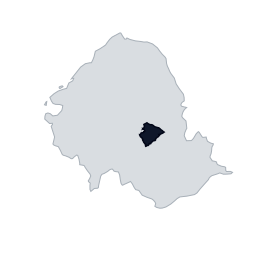 Sandan, Kâmpóng Thum, Cambodia (highlighted), rotated 64°
{"feature_id": "14789045B38871502259240", "entity_name": "Sandan", "entity_type": "district", "adm_level": 2, "iso_a3": "KHM", "parent_name": "Cambodia", "parent_adm1": "Kâmpóng Thum", "projection": "albers", "projection_center": [105.429, 13.113], "detail": "fine", "context": "in_parent", "style": "filled", "palette": "ink", "viewbox_px": 256, "rotation_deg": 64, "n_neighbors": 0, "source": "geoboundaries", "source_scale": "gbopen_adm2", "svg_char_len": 6112}
<svg xmlns="http://www.w3.org/2000/svg" viewBox="0 0 256 256"><g transform="rotate(64 128 128)"><path d="M213.7,53.5L214.3,55.5L212.9,59.1L211.4,62.4L208.6,65.2L208.5,67.3L207.6,73.6L208.0,75.6L208.7,77.3L209.6,78.2L212.1,84.4L214.4,89.9L216.6,94.5L217.0,97.4L215.1,104.8L212.7,111.6L213.0,114.9L214.0,118.3L215.1,122.8L215.6,128.5L215.0,132.3L214.0,134.6L212.0,137.0L210.2,138.2L208.0,136.2L206.3,136.2L204.0,136.8L202.2,137.7L198.6,141.3L194.6,144.7L188.9,145.6L186.8,148.1L184.4,148.5L180.0,148.6L177.1,149.2L177.2,150.5L177.0,156.5L177.1,157.9L176.6,158.3L174.6,158.5L171.2,157.6L166.5,156.1L163.3,155.9L161.6,158.5L160.6,159.5L159.3,159.7L158.0,160.1L157.6,161.3L157.5,162.8L158.1,165.3L158.4,169.2L158.2,171.9L159.4,173.7L166.5,179.4L168.6,180.8L168.8,181.7L167.6,184.8L168.7,189.2L166.5,189.1L162.8,187.3L161.0,186.1L158.9,187.0L158.1,186.9L156.7,184.7L154.8,182.5L152.8,182.3L148.7,183.2L144.5,183.8L142.9,183.8L142.2,184.2L139.8,187.5L138.8,186.9L134.5,185.7L130.6,185.2L129.8,186.0L130.3,188.7L131.2,191.3L130.7,192.5L128.5,193.8L125.7,196.3L124.0,198.2L122.8,198.7L118.5,198.6L114.2,198.8L112.5,200.7L110.9,202.1L109.5,202.5L103.9,197.9L92.8,196.3L91.7,194.3L90.6,193.9L89.6,196.5L83.5,198.9L80.9,197.4L79.1,195.6L79.4,193.4L81.1,191.6L84.2,190.3L85.6,185.8L83.3,179.9L81.3,178.2L79.2,176.8L77.0,179.0L75.0,182.7L73.1,184.6L70.3,185.0L66.2,184.8L64.7,179.2L64.2,174.5L64.8,169.1L65.5,165.8L61.6,161.4L61.4,157.1L59.6,155.0L59.0,156.0L59.0,157.3L58.5,156.4L52.5,143.9L51.5,138.2L52.6,133.8L53.3,132.3L51.5,129.9L49.1,127.3L44.7,123.7L44.5,118.3L43.6,111.8L42.3,109.6L40.3,105.6L39.3,102.3L39.0,93.5L39.6,92.8L42.7,92.6L46.7,92.0L47.3,90.6L46.6,89.5L49.2,87.5L52.9,83.2L55.7,78.8L57.8,75.9L59.0,73.1L63.2,69.1L68.9,66.4L72.7,65.8L76.7,64.9L80.5,63.6L82.3,63.4L87.1,65.1L89.6,65.5L92.3,65.5L95.1,65.7L97.6,65.6L103.4,64.5L109.5,65.4L115.1,64.7L121.9,63.4L125.2,64.2L128.3,65.6L128.7,68.2L129.4,69.4L130.4,70.4L131.8,70.4L133.5,68.5L135.0,66.6L135.4,66.3L135.5,67.2L136.2,69.3L137.5,71.3L138.8,72.7L141.0,74.5L142.5,74.5L147.1,72.8L154.1,75.3L154.9,76.5L157.2,79.1L159.7,80.9L165.1,81.0L167.1,76.5L166.1,73.8L163.0,69.1L162.1,66.4L163.1,65.9L168.4,65.3L169.3,64.8L170.4,61.7L171.8,62.1L174.8,62.4L177.8,60.3L179.7,58.2L180.7,59.1L181.7,60.7L182.9,61.6L185.2,62.9L187.6,64.7L189.2,66.5L190.4,67.2L193.5,66.7L194.3,66.8L196.1,64.5L197.4,63.3L198.5,63.7L200.1,63.6L203.3,60.8L205.2,58.2L206.2,57.5L209.1,58.8L210.3,58.5L211.9,55.0L213.7,53.5ZM62.7,171.9L62.1,172.2L61.5,172.2L60.9,171.7L61.0,169.7L61.4,168.5L62.4,168.3L62.7,171.9ZM71.8,191.6L70.5,192.9L68.6,190.1L68.6,189.4L71.8,191.6Z" fill="#d9dde1" stroke="#a8b0b8" stroke-width="1"/><path d="M131.9,112.3L132.2,112.3L132.7,112.3L133.4,112.2L133.5,112.3L133.7,112.5L133.8,112.6L133.9,112.8L134.0,112.9L134.2,113.0L134.3,113.1L134.5,113.1L134.6,113.3L134.7,113.5L134.8,113.7L134.8,113.8L134.9,114.0L135.0,114.0L135.2,114.3L135.3,114.3L135.2,114.5L134.9,114.9L135.0,114.9L135.1,115.0L135.2,115.3L135.3,115.4L135.3,115.2L135.3,114.9L135.5,114.8L135.6,114.7L135.8,114.8L135.9,114.7L136.0,114.7L136.1,114.4L136.3,114.3L136.5,114.2L136.9,114.1L137.2,114.1L137.5,114.1L138.1,114.1L138.3,114.3L138.4,114.6L138.4,114.9L138.4,115.0L138.4,115.3L138.2,115.6L138.3,115.7L138.5,115.7L138.7,115.8L138.8,116.2L138.7,116.7L138.6,117.2L138.5,117.3L138.3,117.5L138.5,117.7L138.5,117.9L138.5,118.0L138.3,118.6L138.7,118.9L138.8,119.1L139.0,119.4L139.2,119.8L139.3,120.2L139.3,120.3L139.2,120.4L139.1,120.5L139.4,120.6L139.5,120.5L139.8,120.5L140.1,120.6L140.3,120.5L140.6,120.6L140.8,120.6L141.2,120.6L141.4,120.6L141.5,120.5L141.8,120.4L142.0,120.3L142.4,120.2L142.5,120.0L142.8,119.9L143.0,119.7L143.3,119.8L143.5,119.7L143.7,119.8L144.0,119.8L144.2,119.7L144.4,119.7L144.5,119.9L144.8,119.9L145.0,119.9L145.3,119.9L145.4,120.0L145.5,119.9L145.6,120.0L145.7,119.9L145.8,119.9L146.0,119.9L146.3,119.9L146.4,120.0L146.6,120.0L146.8,120.1L147.0,120.1L147.3,120.1L147.6,120.1L147.8,120.1L148.0,120.0L148.1,119.9L148.4,119.9L148.5,119.8L148.8,119.9L149.0,119.9L149.3,119.9L149.5,119.8L149.8,119.7L150.1,119.6L150.3,119.4L150.4,119.5L150.7,119.4L150.7,119.5L150.8,119.5L151.0,119.5L151.3,119.6L151.4,119.8L151.5,119.9L151.5,120.0L151.8,120.1L152.2,120.1L152.2,119.9L152.1,119.6L152.3,119.5L152.3,119.4L152.2,119.2L151.9,118.8L151.9,118.7L152.1,118.5L152.2,118.4L152.3,118.2L152.4,117.9L152.5,117.7L152.4,117.3L152.4,117.1L152.2,116.8L152.1,116.5L152.0,116.4L151.6,116.3L151.5,116.2L151.3,115.7L151.5,115.4L151.8,115.2L151.9,114.9L152.0,114.7L152.0,114.4L151.9,114.3L151.6,113.9L151.4,113.9L151.1,113.8L150.9,113.6L150.9,113.4L151.1,112.9L151.1,112.7L151.0,112.3L150.9,111.8L150.6,111.2L150.5,110.8L150.5,110.7L150.7,110.4L150.8,110.2L150.8,109.9L150.9,109.7L151.0,109.6L151.0,109.4L151.1,109.2L151.0,108.9L150.8,108.8L150.7,108.5L150.7,108.4L150.4,108.3L150.2,108.2L149.9,108.0L149.9,107.9L149.8,107.7L149.6,107.6L149.5,107.3L149.5,106.9L149.4,106.6L149.3,106.3L149.1,105.6L149.0,105.4L149.0,105.2L149.1,104.9L149.1,104.6L149.0,104.2L148.4,103.5L147.7,103.3L147.7,103.2L147.8,103.1L147.7,103.1L147.8,103.0L147.8,102.8L147.8,102.6L147.7,102.5L147.8,102.4L147.8,102.1L147.7,101.9L147.8,101.7L147.7,101.3L147.7,101.2L147.8,101.0L147.8,100.9L147.7,100.5L147.6,100.2L147.7,99.8L147.8,99.7L147.8,99.4L147.8,99.2L147.8,98.7L147.7,98.5L147.6,98.3L147.6,98.1L147.6,97.8L147.6,97.7L147.4,97.5L147.4,97.4L147.2,97.5L146.9,97.9L146.0,98.1L145.4,98.3L145.0,98.6L144.6,98.8L144.3,99.0L144.1,99.1L143.8,99.2L143.5,99.3L143.2,99.4L142.7,99.6L142.3,99.8L141.6,100.1L141.3,100.3L141.1,100.5L141.0,100.8L140.9,101.0L140.7,101.1L140.5,101.4L140.1,101.7L140.0,101.9L139.7,102.2L139.6,102.4L139.3,102.6L138.8,103.2L138.6,103.4L138.5,103.5L138.3,103.6L137.5,103.9L137.2,104.0L136.9,104.2L136.6,104.3L136.4,104.5L135.7,104.9L135.5,105.2L135.3,105.4L135.2,105.6L135.0,106.0L134.9,106.4L134.6,106.7L134.4,106.9L134.0,107.2L133.7,107.5L133.4,107.7L133.3,107.8L132.6,108.2L132.2,108.4L132.0,108.5L131.6,108.7L131.7,109.3L131.7,109.8L131.7,110.3L131.7,110.6L131.7,110.8L131.7,111.0L131.7,111.4L131.7,111.7L131.7,111.9L131.8,112.2L131.9,112.3Z" fill="#0f172a" stroke="#020617" stroke-width="1.5"/></g></svg>